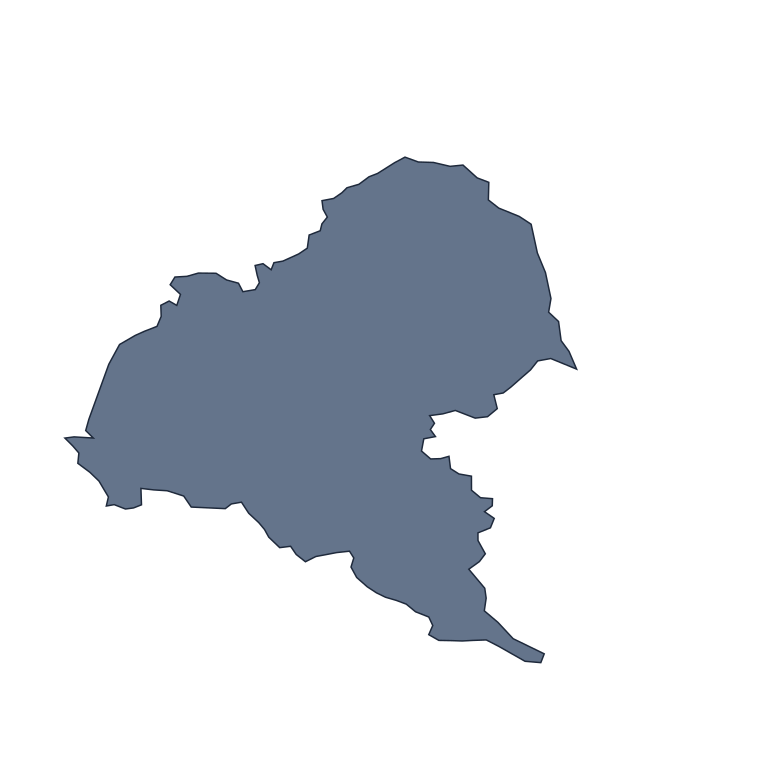 Santa Cecília do Sul, Rio Grande do Sul, Brazil (Equal Earth projection), rotated 296°
{"feature_id": "56859067B17370166314486", "entity_name": "Santa Cecília do Sul", "entity_type": "district", "adm_level": 2, "iso_a3": "BRA", "parent_name": "Brazil", "parent_adm1": "Rio Grande do Sul", "projection": "equal_earth", "projection_center": [-51.909, -28.193], "detail": "fine", "context": "isolated", "style": "filled", "palette": "slate", "viewbox_px": 768, "rotation_deg": 296, "n_neighbors": 0, "source": "geoboundaries", "source_scale": "gbopen_adm2", "svg_char_len": 2103}
<svg xmlns="http://www.w3.org/2000/svg" viewBox="0 0 768 768"><g transform="rotate(296 384 384)"><path d="M202.3,647.1L211.7,646.3L211.7,611.7L219.7,590.9L224.1,573.6L236.3,569.7L244.6,564.1L254.7,541.4L266.2,547.6L275.8,549.5L284.5,537.1L291.4,533.7L301.4,542.7L311.5,542.0L313.3,530.3L322.0,534.7L328.5,531.8L324.1,520.6L326.9,509.2L339.5,503.0L336.0,490.8L337.1,480.9L347.5,474.1L341.8,467.7L337.1,458.8L340.2,447.1L352.2,443.8L359.3,453.3L363.4,445.6L370.8,446.6L375.6,438.9L382.9,449.9L391.5,459.7L393.3,480.9L400.0,491.4L411.5,496.6L422.5,487.4L428.2,495.1L436.9,499.4L450.8,505.2L460.9,509.5L472.1,512.0L480.0,522.7L481.8,550.6L494.4,536.0L500.6,524.2L516.7,513.5L520.7,500.5L534.0,496.6L554.9,480.3L569.0,464.4L592.1,446.2L593.9,432.1L592.4,410.0L595.2,397.1L611.2,389.8L610.1,377.4L615.4,359.0L608.6,348.0L604.8,331.3L598.6,317.6L597.1,303.4L587.7,296.6L570.4,285.9L563.7,279.7L552.5,273.9L544.2,264.7L537.4,262.3L528.7,257.4L521.6,247.9L514.3,252.7L509.2,259.9L500.7,258.0L493.8,259.5L485.1,251.4L472.5,255.5L463.5,250.3L456.0,244.1L450.1,239.2L444.8,231.9L437.2,232.5L439.1,222.5L434.0,216.2L426.1,222.4L420.4,227.6L412.4,226.9L405.1,216.7L410.8,209.0L408.5,196.9L409.9,184.5L402.3,168.5L394.4,159.7L388.5,149.2L379.5,148.3L375.3,161.8L363.8,163.3L364.4,154.5L356.9,148.9L347.1,154.1L336.3,154.7L326.3,145.5L318.6,139.1L303.6,129.0L281.1,128.0L222.9,134.2L211.4,136.3L208.0,146.4L200.6,128.6L195.5,120.9L191.9,131.4L188.2,140.0L178.5,143.6L175.7,158.4L171.8,170.4L166.0,179.2L161.7,185.8L152.6,187.9L157.3,194.4L158.3,206.4L162.8,213.2L169.1,219.0L183.6,211.3L187.9,223.5L193.0,235.9L195.5,253.1L188.9,264.7L202.4,296.0L209.3,299.4L215.3,307.7L208.5,319.1L204.5,332.2L200.9,340.3L195.8,347.6L191.2,362.0L197.2,371.2L192.3,379.8L189.8,391.3L199.1,398.4L204.5,405.7L211.7,415.3L218.6,426.3L214.4,433.1L205.0,434.6L198.1,444.3L194.4,457.8L193.0,468.7L193.0,478.8L194.9,489.9L195.9,500.5L193.1,512.2L194.2,526.4L188.3,533.7L178.3,534.1L177.6,545.7L183.0,557.3L187.3,566.9L192.4,576.1L198.8,588.1L198.5,601.9L196.6,632.3L202.3,647.1Z" fill="#64748b" stroke="#1e293b" stroke-width="1.5"/></g></svg>